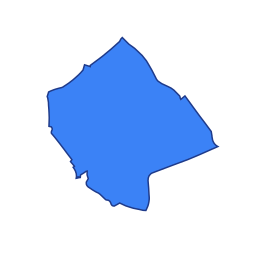 the district of Al Darb al-Ahmar, Al Qahirah, Egypt, rotated 31°
{"feature_id": "37247803B66957331642315", "entity_name": "Al Darb al-Ahmar", "entity_type": "district", "adm_level": 2, "iso_a3": "EGY", "parent_name": "Egypt", "parent_adm1": "Al Qahirah", "projection": "natural_earth1", "projection_center": [31.261, 30.041], "detail": "fine", "context": "isolated", "style": "filled", "palette": "blue", "viewbox_px": 256, "rotation_deg": 31, "n_neighbors": 0, "source": "geoboundaries", "source_scale": "gbopen_adm2", "svg_char_len": 2808}
<svg xmlns="http://www.w3.org/2000/svg" viewBox="0 0 256 256"><g transform="rotate(31 128 128)"><path d="M41.4,138.0L42.1,140.7L42.5,142.6L43.3,143.3L43.5,143.4L43.9,143.8L46.6,147.0L48.3,149.6L50.8,153.1L52.8,156.1L55.2,159.8L56.8,162.6L59.4,167.3L61.2,166.7L61.7,166.5L62.5,167.0L63.2,167.4L63.8,168.3L63.9,168.9L64.0,169.6L64.1,170.0L64.3,170.9L64.7,171.5L65.1,172.0L67.2,172.7L70.1,173.7L77.2,176.4L82.2,178.4L84.5,179.3L87.6,180.6L91.1,182.0L96.2,184.0L96.1,185.2L96.0,186.4L99.0,187.4L101.8,188.4L101.5,189.3L101.2,189.9L102.6,190.5L105.0,191.9L107.1,193.7L108.2,195.2L108.8,196.1L109.5,197.8L110.7,196.7L110.4,195.9L110.3,195.7L110.9,195.3L111.0,195.6L111.2,196.1L112.6,195.0L111.5,192.7L113.6,188.6L114.3,186.9L115.2,186.0L117.1,189.3L117.7,189.8L118.2,190.3L120.0,191.8L120.1,194.3L120.1,195.6L120.4,196.4L121.4,197.8L122.0,198.2L122.5,198.5L124.0,199.0L124.8,199.1L125.6,199.1L129.5,199.3L130.1,199.3L130.7,199.3L131.4,199.3L132.1,199.3L132.6,199.3L133.1,199.3L134.4,199.2L135.3,199.1L136.1,199.0L138.1,199.2L143.4,200.4L145.6,200.9L146.3,200.9L146.8,200.7L147.2,200.5L148.6,200.0L150.2,200.2L151.3,200.8L152.0,201.3L153.1,202.2L154.3,202.6L155.3,202.5L156.4,202.0L158.0,199.3L159.5,196.6L166.1,195.9L169.6,195.1L174.0,194.0L179.3,192.1L183.3,190.8L185.8,189.5L185.8,189.3L185.8,189.0L185.3,185.2L185.2,184.7L185.1,184.2L185.0,183.7L184.9,183.3L184.7,182.8L184.6,182.3L184.4,181.9L184.2,181.4L184.1,180.9L183.9,180.4L183.7,180.0L183.5,179.5L183.3,179.1L183.1,178.6L182.9,178.2L182.6,177.7L182.4,177.3L182.1,176.8L180.4,174.4L176.6,168.8L172.2,162.7L171.7,161.6L171.4,161.1L171.2,160.5L171.0,160.0L170.9,159.4L170.8,158.8L170.7,158.3L170.7,157.9L170.8,157.3L170.9,156.7L171.0,156.1L171.1,155.7L171.3,155.1L171.6,154.6L171.9,154.1L174.4,150.9L185.2,137.2L195.5,124.3L203.4,113.5L210.3,103.7L210.9,102.8L211.6,101.9L214.6,97.6L213.6,97.6L213.1,97.6L212.5,97.5L212.0,97.5L211.5,97.3L210.9,97.2L210.4,97.0L209.9,96.8L209.4,96.6L208.9,96.3L208.4,96.0L207.9,95.7L207.5,95.4L207.0,95.0L206.6,94.6L206.2,94.2L205.9,93.8L204.9,92.7L204.4,92.1L204.0,91.5L201.1,88.1L191.2,84.0L183.4,80.9L172.4,76.3L167.0,74.0L163.2,72.4L160.3,71.2L158.5,76.3L157.8,75.8L157.3,75.4L157.1,75.2L156.4,74.4L155.7,73.9L154.8,73.7L147.8,71.9L144.3,71.6L140.7,71.9L134.1,72.6L129.9,72.4L129.4,72.3L128.9,72.2L127.5,71.6L126.7,71.2L126.0,70.7L119.1,66.4L114.1,63.6L109.3,61.0L102.9,58.6L92.7,56.3L85.6,55.7L76.5,53.4L76.0,55.7L76.2,56.7L76.2,57.0L76.2,58.3L73.0,68.7L70.8,75.0L69.0,80.1L63.4,93.8L63.7,94.3L64.0,94.8L58.2,96.2L59.6,101.5L59.5,102.0L59.4,102.6L58.9,105.4L58.6,106.4L58.4,107.5L57.0,112.1L56.0,115.2L54.7,118.5L54.0,120.3L53.6,121.1L53.2,122.0L51.9,124.7L51.1,126.4L50.4,127.4L49.0,128.8L47.6,130.2L47.0,130.9L46.3,131.6L44.9,133.2L42.8,135.9L41.4,138.0Z" fill="#3b82f6" stroke="#1e3a8a" stroke-width="1.5"/></g></svg>